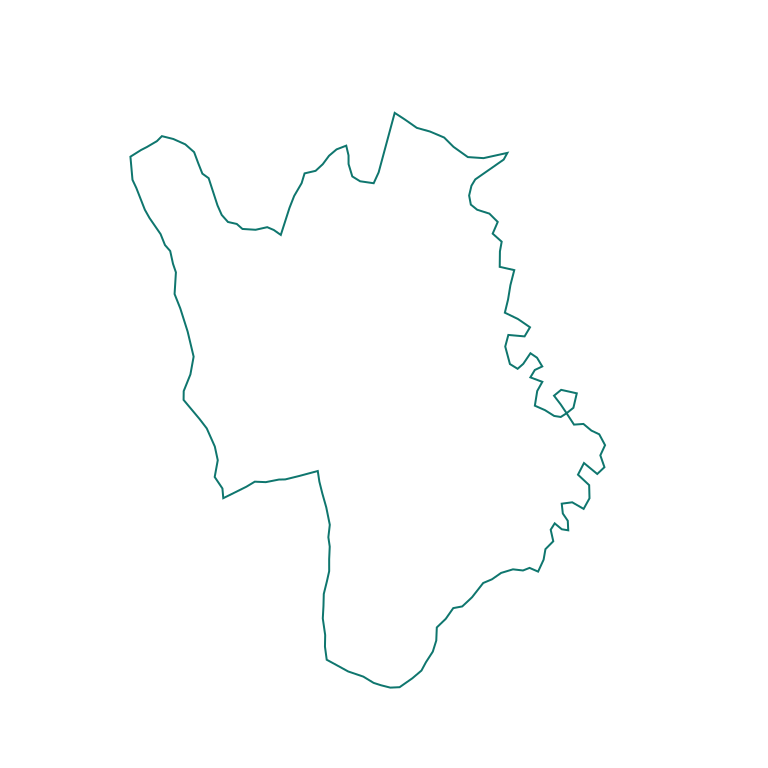 outline of Florestópolis, Paraná, Brazil, rotated 345°
{"feature_id": "56859067B91168213066452", "entity_name": "Florestópolis", "entity_type": "district", "adm_level": 2, "iso_a3": "BRA", "parent_name": "Brazil", "parent_adm1": "Paraná", "projection": "equal_earth", "projection_center": [-51.393, -22.894], "detail": "fine", "context": "isolated", "style": "outline", "palette": "teal", "viewbox_px": 768, "rotation_deg": 345, "n_neighbors": 0, "source": "geoboundaries", "source_scale": "gbopen_adm2", "svg_char_len": 2333}
<svg xmlns="http://www.w3.org/2000/svg" viewBox="0 0 768 768"><g transform="rotate(345 384 384)"><path d="M563.0,192.7L538.6,191.6L523.7,186.5L512.5,172.9L505.9,161.5L493.7,152.0L482.0,145.1L472.5,133.8L464.5,124.9L433.6,178.2L426.0,187.4L413.4,182.0L407.1,175.3L406.7,162.4L408.9,154.0L409.2,144.0L398.9,145.1L390.0,149.3L381.8,155.8L373.1,160.4L361.8,160.0L356.4,168.7L345.9,179.1L338.3,189.4L322.9,213.3L317.4,206.7L311.8,202.3L299.9,201.8L287.4,197.6L283.2,191.3L275.2,187.1L271.0,178.7L269.4,168.4L267.9,139.8L263.0,133.8L261.7,122.6L260.6,110.9L254.1,101.1L243.9,92.8L233.6,87.1L227.6,90.6L216.4,93.7L209.9,95.1L197.9,98.8L193.9,121.7L195.5,130.6L198.1,153.8L200.5,163.1L207.0,181.4L208.4,193.1L211.9,200.2L211.3,213.3L211.9,222.3L205.0,242.9L206.8,258.3L207.9,282.5L207.2,308.3L199.5,324.6L188.7,339.0L186.3,347.5L196.7,369.9L201.3,381.0L204.4,400.6L203.7,414.6L196.4,430.0L200.9,443.1L199.2,452.7L224.5,447.6L233.9,444.9L244.4,448.2L257.7,449.1L263.9,450.6L278.1,450.9L287.9,450.9L297.5,450.9L296.3,461.6L296.1,473.8L296.3,488.3L295.2,506.0L290.6,517.6L289.5,527.0L285.7,539.0L282.6,550.6L277.9,559.6L271.5,571.2L268.0,583.0L264.2,594.6L262.2,611.3L259.0,622.4L257.3,635.5L275.0,652.4L288.3,661.3L296.6,670.0L303.1,674.2L311.5,678.9L320.6,680.9L335.2,675.6L346.0,670.5L352.5,663.6L361.9,655.1L368.1,645.3L372.0,632.8L382.9,626.8L392.9,618.4L402.0,619.1L413.8,612.8L428.3,601.9L437.7,600.6L448.2,596.8L460.6,596.4L470.0,600.1L477.0,599.3L484.3,605.1L492.7,595.0L497.2,585.3L506.8,579.7L507.3,567.9L512.8,562.8L518.1,570.3L524.1,573.0L526.1,563.7L523.2,555.4L524.7,545.6L535.2,547.0L544.5,556.3L552.9,547.6L556.0,534.8L547.9,521.8L556.7,512.1L566.7,526.1L575.4,521.4L574.5,508.9L581.7,500.3L578.9,488.3L572.3,482.7L566.3,474.2L557.0,472.4L552.8,459.5L546.2,461.6L540.1,458.9L532.7,450.9L524.1,444.0L530.2,430.4L537.5,422.9L527.1,415.5L533.3,409.5L541.4,408.0L538.6,398.2L533.4,392.2L523.7,400.6L517.0,403.9L510.8,397.3L510.8,379.2L516.8,368.8L532.1,374.4L539.7,367.0L530.2,355.9L519.2,346.4L525.7,334.5L531.7,321.2L539.3,307.7L526.1,300.8L530.3,285.9L534.5,277.0L527.9,266.9L535.8,256.9L529.9,246.7L519.1,239.8L514.3,233.2L515.0,224.0L519.8,215.1L525.1,210.0L557.7,198.2L563.0,192.7ZM552.8,459.5L560.8,456.0L567.8,442.9L553.6,435.5L545.2,439.3L549.4,449.5L552.8,459.5Z" fill="none" stroke="#0f766e" stroke-width="2"/></g></svg>